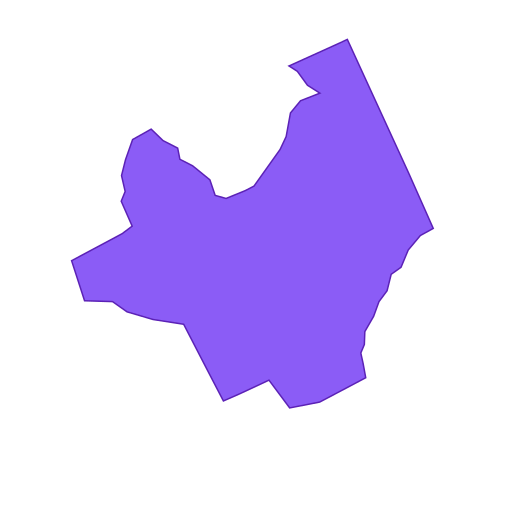 the district of Capitão, Rio Grande do Sul, Brazil, rotated 155°
{"feature_id": "56859067B762126063802", "entity_name": "Capitão", "entity_type": "district", "adm_level": 2, "iso_a3": "BRA", "parent_name": "Brazil", "parent_adm1": "Rio Grande do Sul", "projection": "mercator", "projection_center": [-51.981, -29.282], "detail": "fine", "context": "isolated", "style": "filled", "palette": "violet", "viewbox_px": 512, "rotation_deg": 155, "n_neighbors": 0, "source": "geoboundaries", "source_scale": "gbopen_adm2", "svg_char_len": 812}
<svg xmlns="http://www.w3.org/2000/svg" viewBox="0 0 512 512"><g transform="rotate(155 256 256)"><path d="M430.3,287.9L405.3,275.3L396.5,259.9L376.2,242.0L350.4,224.7L348.2,170.7L346.8,138.4L328.8,138.0L296.7,138.0L289.7,104.1L260.0,96.7L208.0,99.3L204.4,113.1L202.0,123.8L195.2,130.0L189.3,141.5L174.9,151.6L163.8,162.7L151.9,169.1L141.2,182.3L129.3,184.5L115.5,197.1L98.4,205.1L83.7,206.1L82.6,266.3L81.7,413.7L92.0,413.7L145.8,414.3L140.5,405.9L137.2,389.0L129.3,376.6L150.0,377.9L164.3,371.1L178.2,351.5L189.1,342.4L228.3,320.2L238.1,319.8L258.8,320.8L267.4,328.2L265.6,344.5L275.3,364.5L284.1,375.8L281.4,386.9L291.5,399.9L297.4,415.3L318.6,413.7L333.5,398.5L343.9,385.7L347.3,369.8L355.0,362.6L355.6,335.4L368.0,332.8L425.1,329.7L430.3,287.9Z" fill="#8b5cf6" stroke="#5b21b6" stroke-width="1.5"/></g></svg>